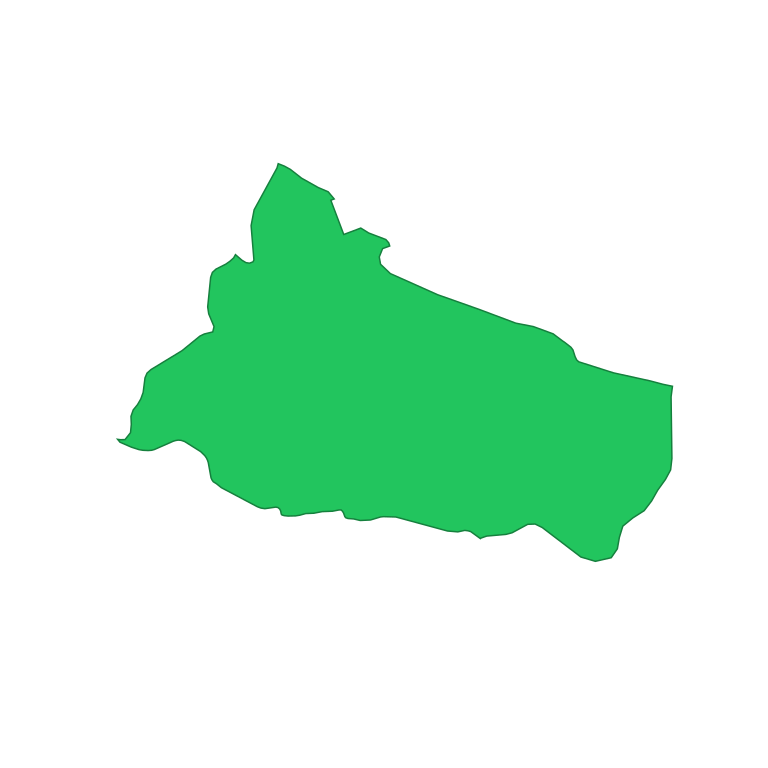 outline of Kouilou, rotated 159°
{"feature_id": "COG-3343", "entity_name": "Kouilou", "entity_type": "Region", "adm_level": 1, "iso_a3": "COG", "parent_name": "Republic of the Congo", "parent_adm1": "", "projection": "albers", "projection_center": [12.097, -4.264], "detail": "fine", "context": "isolated", "style": "filled", "palette": "green", "viewbox_px": 768, "rotation_deg": 159, "n_neighbors": 0, "source": "natural_earth", "source_scale": "10m", "svg_char_len": 1971}
<svg xmlns="http://www.w3.org/2000/svg" viewBox="0 0 768 768"><g transform="rotate(159 384 384)"><path d="M652.5,427.8L650.1,426.5L645.7,424.9L638.1,429.4L634.4,436.8L631.8,444.5L627.4,449.7L621.6,453.0L616.4,457.2L611.9,462.4L604.9,475.4L601.3,479.1L596.3,481.0L560.6,487.5L538.7,494.7L533.9,495.1L525.2,494.0L522.1,498.5L522.5,512.3L521.0,519.1L507.6,545.7L504.2,549.7L499.6,551.5L488.7,552.6L483.9,553.8L479.2,555.6L476.3,558.0L472.3,550.5L469.4,546.8L466.3,545.0L462.5,545.0L461.0,546.4L451.3,579.5L442.8,593.2L406.5,624.0L403.8,627.6L398.9,623.1L394.5,617.9L387.2,605.7L375.1,591.1L367.2,583.4L364.2,574.6L367.8,574.6L368.0,538.0L349.8,537.9L344.2,530.5L330.5,518.2L329.0,514.1L329.2,510.8L336.8,510.9L342.9,504.3L344.3,497.0L338.5,484.8L302.0,448.2L268.5,419.6L239.2,393.6L224.0,384.1L208.1,370.2L202.0,360.4L200.5,358.3L196.3,351.3L195.4,348.1L195.8,341.1L195.5,337.4L194.2,334.9L165.8,312.2L134.4,291.5L123.6,283.7L115.5,278.5L120.6,269.1L141.9,211.3L147.2,201.1L155.5,194.0L166.5,186.8L176.1,178.9L186.5,172.5L199.7,169.8L212.0,165.7L219.2,156.5L225.2,146.5L234.1,140.4L250.2,142.7L262.2,151.9L287.7,193.3L293.1,199.1L300.1,201.5L317.7,199.2L324.1,199.9L342.6,205.2L348.6,205.4L349.4,205.1L355.9,215.1L358.1,216.8L361.1,218.4L368.1,219.5L377.4,224.0L420.6,255.6L431.9,260.3L434.8,261.1L445.4,261.9L455.1,265.1L460.7,268.9L465.8,271.3L467.6,272.8L468.1,274.2L468.0,278.1L468.4,280.1L469.1,281.7L471.0,282.5L477.7,283.7L487.4,287.0L495.8,288.5L503.5,291.1L509.7,291.7L513.9,292.6L520.9,295.1L524.4,296.9L526.2,298.3L526.5,299.1L526.4,300.3L526.0,302.2L526.1,304.4L527.1,306.5L529.0,307.8L539.9,310.3L543.4,312.3L546.2,314.8L573.0,345.5L576.2,351.0L578.4,353.9L579.0,356.3L579.1,358.4L576.2,373.7L576.1,376.2L576.3,378.7L577.0,381.4L579.4,386.6L590.8,401.8L593.6,404.1L596.3,405.4L598.8,405.9L601.2,406.1L621.8,405.1L624.7,405.4L628.0,406.4L632.8,408.5L636.2,410.5L642.4,415.5L651.3,424.2L652.5,427.8Z" fill="#22c55e" stroke="#15803d" stroke-width="1.5"/></g></svg>